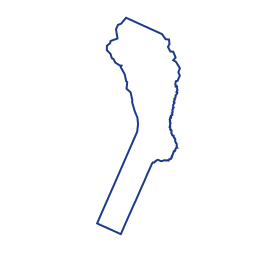 Nevada, California, United States of America, rotated 114°
{"feature_id": "52423323B72053512524977", "entity_name": "Nevada", "entity_type": "district", "adm_level": 2, "iso_a3": "USA", "parent_name": "United States of America", "parent_adm1": "California", "projection": "orthographic", "projection_center": [-120.746, 39.266], "detail": "fine", "context": "isolated", "style": "outline", "palette": "blue", "viewbox_px": 256, "rotation_deg": 114, "n_neighbors": 0, "source": "geoboundaries", "source_scale": "gbopen_adm2", "svg_char_len": 3461}
<svg xmlns="http://www.w3.org/2000/svg" viewBox="0 0 256 256"><g transform="rotate(114 128 128)"><path d="M68.8,102.6L65.8,103.3L64.7,101.9L59.1,102.0L56.5,104.7L52.3,104.9L48.0,111.2L47.7,114.2L44.2,113.2L39.9,117.7L40.9,120.5L37.6,124.5L34.6,124.2L30.5,126.5L31.6,129.8L28.4,135.0L28.1,174.6L35.5,176.7L37.9,179.1L42.7,179.1L50.5,174.0L55.6,179.3L57.8,178.8L61.4,180.7L65.5,179.0L67.5,174.0L70.7,171.3L70.9,169.4L73.4,166.2L74.2,161.1L73.7,159.3L75.3,159.5L80.3,152.8L86.0,148.7L86.4,147.4L92.7,145.3L94.4,140.1L100.8,135.4L102.8,134.7L110.2,128.4L114.7,123.6L120.4,120.4L127.6,118.1L141.8,118.0L178.1,117.7L222.8,117.5L227.0,117.4L227.7,117.4L227.8,114.6L227.8,105.6L227.9,91.4L226.9,91.4L222.8,91.4L217.3,91.5L213.4,91.5L209.4,91.5L203.8,91.5L197.1,91.5L189.2,91.4L179.6,91.5L168.6,91.5L163.7,91.6L158.5,91.6L153.4,91.6L151.0,91.6L149.4,91.3L149.3,91.0L149.1,90.4L149.0,90.1L148.6,89.8L148.2,89.9L147.8,89.8L147.5,89.6L147.3,89.4L147.2,89.4L146.9,89.3L146.9,89.1L146.7,89.0L146.2,88.9L145.9,88.7L145.6,88.4L145.4,88.3L145.1,88.1L144.9,87.7L144.8,87.2L144.9,86.5L144.9,85.8L144.9,85.2L144.9,84.5L144.6,83.9L144.1,83.1L143.3,82.4L142.6,81.6L142.3,80.8L142.3,79.9L141.5,79.2L141.5,78.3L141.4,77.9L141.0,77.6L140.6,77.5L139.7,77.6L139.3,76.9L138.9,76.6L138.5,76.4L138.4,76.4L138.5,76.3L138.5,76.2L138.3,76.2L137.9,76.1L137.6,76.1L137.3,76.2L137.1,76.3L136.9,76.1L136.5,76.0L136.1,76.2L135.8,76.3L135.4,76.3L135.3,76.5L135.0,76.5L134.7,76.3L134.1,76.4L133.3,76.4L132.6,76.6L131.9,76.4L131.1,76.5L130.9,76.7L130.6,76.7L130.4,76.5L130.2,76.0L130.0,75.8L129.7,75.9L129.5,76.0L129.0,75.8L128.4,76.1L128.0,76.1L127.7,75.9L127.1,76.0L126.6,75.9L126.3,75.7L126.1,75.3L126.0,75.5L125.6,75.6L125.5,75.9L124.8,76.0L124.5,76.2L124.0,76.5L123.6,76.6L123.2,76.8L122.8,77.0L122.5,77.3L122.4,77.9L121.8,78.2L121.7,78.6L121.3,79.2L121.0,79.5L120.6,79.6L120.2,79.7L119.9,80.0L119.6,80.1L119.1,80.2L118.7,80.7L118.5,81.2L118.1,81.5L118.1,82.1L117.7,82.4L117.4,82.7L117.1,82.9L116.7,82.9L116.5,83.1L116.5,83.3L116.7,83.7L116.8,84.1L116.7,84.6L116.3,84.9L115.9,85.2L115.4,85.7L115.1,86.3L114.5,86.6L114.2,86.7L113.9,86.9L113.4,86.8L113.1,87.0L112.7,87.3L112.4,87.4L112.3,87.7L112.5,87.9L112.5,88.3L112.3,88.8L111.8,89.0L111.6,89.0L111.4,89.0L111.1,89.3L110.7,89.4L110.5,89.8L110.4,90.0L110.3,90.4L109.9,90.4L109.4,90.1L108.9,90.3L108.7,90.7L108.0,90.9L107.6,91.0L107.4,91.0L107.4,90.9L107.0,90.9L106.8,91.2L106.3,91.6L106.0,91.3L105.6,91.6L105.5,92.1L104.8,92.6L104.4,92.5L104.1,92.5L103.7,93.0L103.2,93.4L102.7,93.2L102.2,93.4L101.7,93.6L101.6,93.3L101.3,92.8L100.8,92.9L100.7,93.1L100.7,93.3L100.6,93.6L100.4,93.6L99.8,93.5L99.6,93.8L99.2,93.8L99.0,93.6L98.6,93.5L98.4,93.2L98.3,92.9L98.0,92.9L97.6,92.9L96.8,93.5L96.6,93.9L96.4,93.8L96.1,93.7L95.5,93.8L95.2,93.7L94.9,93.9L94.9,94.0L94.7,94.0L94.3,94.1L93.7,94.5L93.5,94.8L93.1,94.8L92.9,94.7L92.6,94.7L92.6,94.9L92.2,94.9L91.7,94.8L91.5,95.0L91.4,94.9L91.2,94.8L91.2,95.0L90.9,95.2L90.5,95.1L90.2,95.2L89.7,95.5L89.3,95.8L88.4,96.1L87.6,96.0L87.0,96.0L86.5,95.7L86.0,95.8L85.8,96.2L85.7,96.5L85.5,96.9L85.2,96.8L84.5,96.6L84.0,96.8L83.6,96.8L83.2,96.8L83.2,97.1L82.9,97.5L82.3,97.4L81.6,97.3L81.0,97.0L80.4,97.2L79.8,97.3L79.3,97.5L78.9,97.8L78.2,97.6L77.1,97.3L76.5,97.2L75.9,97.4L75.5,97.4L75.4,97.8L75.5,98.0L75.5,98.3L75.2,98.3L74.8,98.4L74.1,98.5L73.7,98.2L73.0,98.3L72.5,98.7L71.1,100.0L70.4,99.9L69.9,100.5L70.4,100.7L70.7,101.4L70.0,101.6L69.1,102.3L68.8,102.6Z" fill="none" stroke="#1e3a8a" stroke-width="2"/></g></svg>